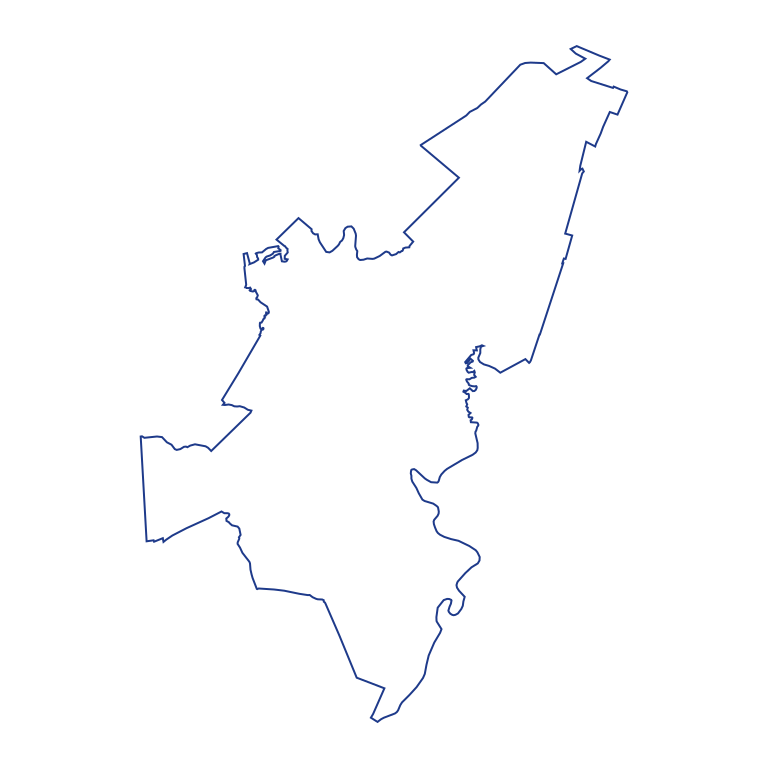 the district of Ghimpati, Giurgiu, Romania
{"feature_id": "2599482B55466329645382", "entity_name": "Ghimpati", "entity_type": "district", "adm_level": 2, "iso_a3": "ROU", "parent_name": "Romania", "parent_adm1": "Giurgiu", "projection": "natural_earth1", "projection_center": [25.769, 44.173], "detail": "fine", "context": "isolated", "style": "outline", "palette": "blue", "viewbox_px": 768, "rotation_deg": 0, "n_neighbors": 0, "source": "geoboundaries", "source_scale": "gbopen_adm2", "svg_char_len": 6106}
<svg xmlns="http://www.w3.org/2000/svg" viewBox="0 0 768 768"><path d="M475.7,550.2L469.3,546.0L458.5,540.8L451.1,539.1L444.3,536.9L440.0,534.7L437.9,533.0L436.6,531.2L435.0,527.4L433.9,524.1L433.6,521.5L434.2,519.8L437.6,515.8L438.6,513.6L438.8,511.6L438.1,507.8L437.7,506.9L436.3,505.7L433.2,503.6L424.6,501.0L422.4,499.6L418.8,493.3L416.4,488.0L412.3,481.6L411.4,478.7L411.4,475.7L410.8,473.5L411.0,471.2L411.3,470.0L412.0,469.5L414.1,469.1L416.0,470.2L424.8,478.4L426.8,479.8L431.1,482.2L437.3,482.6L438.2,481.9L438.8,480.7L439.8,477.1L441.3,474.5L444.6,470.9L447.2,468.8L462.0,460.0L472.6,454.8L475.7,452.5L477.3,450.2L477.7,447.9L477.6,443.1L475.3,433.4L475.5,431.7L476.2,430.6L477.3,426.7L478.2,425.7L478.4,424.9L477.8,423.3L476.9,422.6L470.9,422.2L470.6,420.3L471.9,419.3L472.4,417.9L472.0,417.4L469.3,417.3L468.8,416.9L468.5,414.9L470.5,413.0L468.3,411.6L467.2,409.8L467.8,407.6L466.3,406.5L467.2,404.3L466.5,403.1L465.8,400.3L467.8,399.4L468.8,398.3L469.0,397.2L468.8,394.5L468.5,393.9L466.6,394.0L465.5,392.9L463.4,391.7L463.8,390.6L466.3,391.0L469.8,388.3L472.8,391.1L474.4,391.0L475.8,389.8L476.7,387.8L476.6,386.6L476.1,386.1L474.7,386.4L472.0,386.1L469.3,385.2L468.8,384.7L468.7,383.6L466.9,381.4L466.3,379.9L466.3,379.5L466.8,379.2L469.5,379.3L471.7,377.9L474.4,377.6L475.7,376.8L474.2,375.0L474.3,373.8L474.8,372.4L474.3,370.9L472.8,372.1L471.7,372.0L468.7,372.7L467.7,371.9L466.6,370.0L466.4,369.0L466.4,368.5L466.9,368.1L470.3,367.8L467.8,366.3L467.7,365.4L470.5,362.4L472.7,361.5L472.9,360.8L470.6,358.8L467.0,363.1L465.8,363.3L465.2,362.1L471.2,355.0L473.6,354.2L474.1,353.1L473.5,350.3L476.8,350.4L476.1,347.1L479.7,346.3L481.9,345.3L483.3,345.9L481.4,346.5L480.8,347.2L480.3,349.4L480.3,353.0L478.3,357.7L478.4,359.4L480.0,362.0L483.9,364.4L489.0,365.9L495.0,368.6L500.3,372.7L525.4,359.1L529.1,362.9L529.9,362.2L530.9,360.4L538.4,337.8L539.5,334.5L539.9,334.5L563.2,263.3L562.3,263.3L563.5,259.6L563.9,258.5L565.6,258.9L572.2,235.5L565.2,233.6L582.2,173.4L583.8,171.5L582.4,168.6L581.4,169.0L579.6,170.8L580.3,165.7L586.2,141.8L595.2,146.5L595.9,144.1L600.7,133.5L603.1,126.9L609.8,112.0L617.5,114.6L627.3,92.3L626.8,91.3L620.6,89.5L613.7,86.6L613.0,87.9L591.2,81.0L587.1,78.2L600.6,67.8L608.3,61.3L609.7,59.6L599.3,55.6L576.7,46.1L570.7,49.0L575.8,53.6L585.3,58.7L580.8,61.9L556.2,74.3L543.7,63.1L530.7,62.6L525.1,63.0L520.3,64.7L485.2,101.6L481.0,104.5L477.3,108.0L469.8,111.9L466.3,115.5L420.7,145.1L420.9,145.7L458.9,177.7L404.0,232.3L413.2,241.6L409.6,245.9L409.3,247.3L405.4,247.6L403.2,248.5L403.1,249.6L402.4,250.9L401.7,251.0L399.8,252.4L398.5,252.0L396.1,254.1L392.0,255.4L390.6,254.7L389.1,252.6L386.6,251.6L385.4,251.8L379.7,256.0L374.3,258.6L372.6,258.9L367.2,258.5L363.5,259.7L360.1,260.0L358.6,259.2L357.1,257.2L356.9,254.9L357.3,251.1L356.2,249.4L355.4,247.2L355.2,246.1L356.0,235.7L355.7,233.7L353.7,228.7L351.4,226.4L347.6,226.7L345.4,228.1L343.7,231.0L344.1,235.0L343.3,238.2L342.0,240.5L340.2,241.9L338.9,244.5L337.6,246.0L332.4,250.8L329.6,252.4L326.2,251.9L319.9,242.3L318.6,239.3L317.7,234.3L315.1,234.4L313.1,233.3L311.5,231.0L311.6,229.2L298.5,218.1L276.5,239.6L284.4,246.0L285.2,246.3L285.8,247.4L287.6,249.0L287.4,250.0L287.7,252.5L284.8,255.8L284.7,258.8L287.6,259.4L286.7,261.0L285.9,261.5L284.4,261.7L281.9,261.3L280.5,254.7L280.5,253.7L279.6,253.7L275.5,255.4L274.4,256.1L274.3,256.8L273.0,257.6L265.8,260.3L264.5,263.6L263.0,261.2L265.5,257.5L266.6,256.6L270.2,255.4L272.9,253.7L273.9,252.0L280.5,250.9L280.6,250.1L278.3,248.3L278.6,246.6L278.2,246.1L268.1,247.9L266.1,249.0L262.0,252.4L258.7,252.5L256.2,253.2L255.8,253.6L256.8,254.8L257.2,257.2L258.1,258.5L258.2,259.7L254.0,262.4L249.6,264.1L249.8,263.6L247.0,253.1L243.6,254.0L245.0,266.0L244.5,266.5L244.4,268.0L246.2,284.8L245.2,287.3L246.0,287.4L246.5,288.0L248.7,288.1L250.1,287.6L251.0,289.0L249.7,290.3L250.2,290.9L252.8,291.5L253.9,291.2L254.5,289.9L254.9,289.8L255.5,290.2L255.9,291.8L257.8,295.3L257.2,297.1L256.3,298.2L256.5,299.3L258.1,299.6L260.6,302.3L267.1,306.6L268.9,312.0L268.5,313.2L267.5,313.7L266.8,313.5L266.6,312.5L266.2,312.4L266.0,313.1L266.4,314.8L265.7,315.4L264.8,315.4L264.4,315.9L264.5,317.2L264.8,317.3L264.4,317.8L264.5,318.4L263.4,319.1L262.7,320.7L261.5,322.6L260.1,322.7L259.9,323.1L259.8,326.1L260.5,328.6L261.4,329.5L262.8,327.9L263.3,328.0L263.5,328.7L263.2,329.4L261.5,330.0L260.8,331.5L260.5,333.3L259.4,334.9L260.3,335.6L238.4,373.2L222.0,400.0L224.5,402.9L222.9,404.8L224.9,405.0L228.6,404.5L231.8,405.1L234.3,406.3L237.2,406.5L239.8,406.2L244.2,407.5L247.9,409.8L251.4,410.6L250.5,412.7L211.2,451.0L208.1,447.8L205.6,446.3L195.0,444.3L190.2,445.6L187.4,447.2L186.0,446.6L184.0,446.8L180.3,449.1L176.7,449.9L174.8,449.1L171.5,444.7L166.9,442.3L162.0,437.1L157.0,436.5L144.4,437.8L142.0,436.3L140.7,436.5L146.6,541.3L153.6,540.3L154.1,541.7L162.8,538.2L163.5,541.9L166.2,539.7L172.4,535.5L186.5,528.2L208.5,518.2L221.5,511.5L224.3,513.2L227.4,513.2L228.7,513.5L229.3,514.3L229.2,515.4L228.3,516.8L226.3,518.5L226.5,520.9L229.0,522.3L229.6,523.2L232.0,525.3L237.6,526.6L239.3,528.6L240.6,534.9L238.9,537.3L239.3,538.1L239.2,538.9L237.7,542.3L237.6,543.9L240.0,547.6L242.4,552.8L249.4,561.8L250.0,563.4L250.5,569.7L251.6,574.5L252.6,578.0L256.8,588.9L257.2,589.1L258.7,588.5L274.1,589.5L284.2,590.7L299.3,593.8L307.8,595.1L309.7,595.0L312.6,597.2L316.0,598.8L317.8,599.3L322.2,599.5L323.7,600.2L323.8,601.7L324.9,602.5L325.5,603.6L339.4,635.6L356.7,677.7L384.4,688.3L373.1,714.0L370.9,717.7L377.5,721.9L381.1,719.2L383.9,717.7L394.9,713.5L396.8,712.1L398.1,710.3L400.3,705.1L402.0,702.4L409.4,695.0L416.6,687.1L423.0,678.0L424.8,673.9L426.5,664.7L428.7,655.5L434.3,642.5L440.1,632.8L441.5,629.1L436.7,621.5L436.5,620.4L436.4,617.1L437.7,607.7L443.7,600.1L447.1,598.9L449.2,599.0L451.2,599.9L451.5,600.5L450.9,603.7L449.5,606.9L448.4,610.6L448.8,611.8L450.3,613.7L452.3,614.9L453.7,615.2L455.5,614.8L458.0,613.4L461.3,609.0L462.8,605.8L463.4,601.4L464.7,596.8L459.0,590.7L457.0,587.6L456.5,585.1L457.2,582.7L457.8,581.5L465.4,573.0L471.5,567.3L477.8,563.4L479.5,560.5L479.7,557.0L477.4,552.3L475.7,550.2Z" fill="none" stroke="#1e3a8a" stroke-width="2"/></svg>